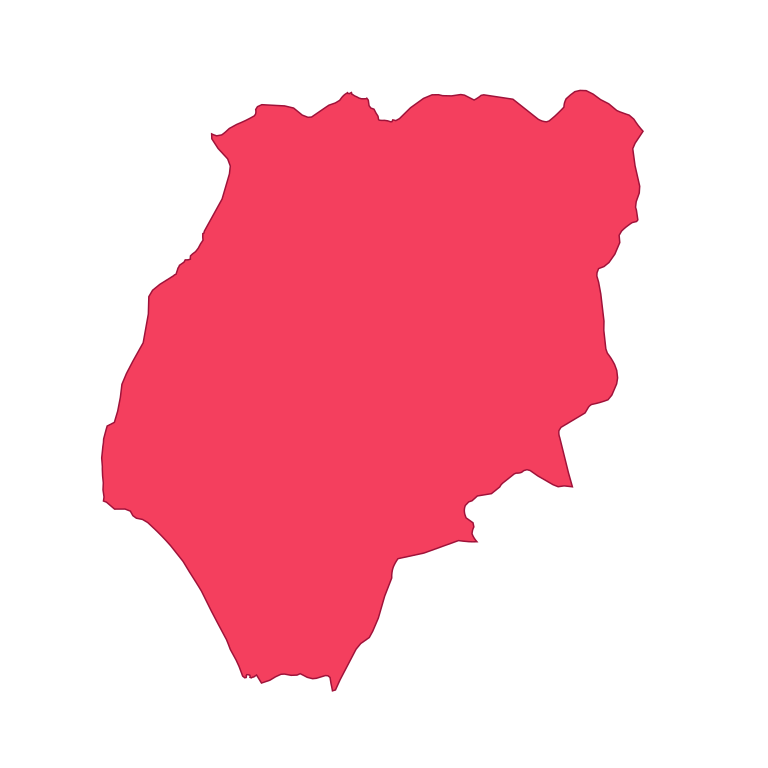 Carasova, Caras-Severin, Romania, rotated 261°
{"feature_id": "2599482B41330185551696", "entity_name": "Carasova", "entity_type": "district", "adm_level": 2, "iso_a3": "ROU", "parent_name": "Romania", "parent_adm1": "Caras-Severin", "projection": "equal_earth", "projection_center": [21.908, 45.181], "detail": "fine", "context": "isolated", "style": "filled", "palette": "rose", "viewbox_px": 768, "rotation_deg": 261, "n_neighbors": 0, "source": "geoboundaries", "source_scale": "gbopen_adm2", "svg_char_len": 4556}
<svg xmlns="http://www.w3.org/2000/svg" viewBox="0 0 768 768"><g transform="rotate(261 384 384)"><path d="M642.1,629.6L643.3,623.6L642.9,618.2L640.4,613.5L637.2,608.5L636.9,608.3L635.2,607.2L633.3,606.2L631.3,605.5L629.3,605.0L626.7,601.6L624.2,598.1L621.8,594.6L619.6,591.0L618.0,588.3L617.5,585.5L618.1,583.5L618.9,581.5L620.0,579.6L621.3,577.8L645.1,555.9L654.0,527.8L653.9,525.1L652.8,523.2L651.9,521.3L651.1,519.4L650.4,517.4L656.7,508.7L657.9,505.1L658.0,495.8L659.6,487.0L661.2,483.1L662.1,476.7L659.9,467.7L652.7,453.4L648.2,447.1L643.7,440.8L642.3,436.9L643.5,434.0L642.7,433.5L641.9,432.9L641.9,431.7L643.4,428.7L644.3,425.8L644.7,423.0L645.3,420.6L646.1,420.0L647.4,420.0L648.5,420.0L649.0,420.0L649.6,419.9L652.8,418.5L657.0,417.1L657.8,415.7L658.6,414.2L661.2,412.8L666.8,412.9L669.0,411.7L668.6,410.8L668.9,408.4L669.3,406.2L669.8,405.2L670.3,404.1L671.9,402.0L673.2,400.0L674.7,398.4L675.1,397.6L676.0,397.6L677.0,397.4L676.6,396.2L676.2,395.4L676.5,394.5L676.7,393.6L677.4,393.5L676.3,391.0L675.5,389.6L674.5,388.2L673.5,387.0L672.3,385.8L671.7,385.2L671.1,384.6L669.2,379.9L668.0,373.2L666.1,369.1L659.0,354.2L659.3,350.6L662.4,345.3L670.7,337.9L674.2,329.4L679.0,307.0L677.7,302.4L675.2,300.2L674.2,300.2L673.1,300.1L672.1,299.9L671.1,299.5L670.6,299.3L669.1,297.8L667.4,293.1L665.9,288.5L664.6,283.8L663.4,279.0L660.6,271.2L659.2,269.1L657.8,267.0L656.5,264.8L655.4,262.6L655.3,257.5L656.8,254.7L658.0,252.9L653.1,252.3L642.5,257.0L630.8,264.8L623.3,266.3L615.7,264.2L592.0,253.0L563.0,230.4L561.4,229.9L560.9,228.6L557.7,228.0L554.3,227.7L551.2,224.8L547.2,221.8L544.2,218.6L542.4,215.2L540.8,212.9L538.8,212.4L537.6,212.3L537.3,209.8L537.7,207.1L535.7,205.6L533.2,200.5L532.2,200.0L530.6,198.6L529.1,197.9L526.6,196.6L525.0,195.8L524.5,194.0L523.9,193.2L517.5,178.2L512.8,170.1L507.1,165.4L490.0,162.2L462.4,152.6L445.9,139.6L434.7,131.3L424.7,125.1L420.4,123.9L412.0,121.5L398.8,116.7L391.5,113.2L388.3,111.7L385.8,104.0L382.4,102.4L373.6,98.5L369.9,97.7L366.1,96.5L362.2,95.5L355.1,93.6L346.4,92.9L344.2,92.5L337.4,91.7L330.3,91.3L323.4,89.9L316.2,89.8L312.3,88.6L310.7,91.4L302.6,98.3L301.0,108.7L298.1,113.6L293.2,115.4L290.2,118.4L288.0,124.3L284.1,129.0L279.2,132.8L274.0,136.8L268.6,140.7L263.2,144.4L257.6,148.0L240.2,157.8L229.2,162.3L223.9,164.6L213.4,169.1L208.0,171.3L186.3,178.1L172.7,182.7L159.1,187.4L156.3,188.4L151.1,189.6L145.8,190.7L134.3,194.8L127.5,196.7L117.6,198.7L116.6,199.6L115.6,200.5L115.7,202.0L116.6,202.3L117.6,202.3L118.4,203.1L117.9,204.9L117.3,206.0L115.8,206.0L115.3,205.7L114.5,206.9L115.0,208.3L115.0,209.5L116.5,212.6L107.8,216.2L109.3,225.0L111.8,231.1L113.4,236.8L113.1,240.2L110.8,246.7L110.1,252.6L111.0,255.9L108.7,259.1L106.3,262.3L104.1,267.4L103.9,271.2L105.2,280.5L104.9,281.8L104.6,283.0L102.6,284.8L96.6,284.8L92.8,285.0L89.0,285.1L89.4,288.2L98.8,294.4L126.4,314.9L131.3,320.4L135.9,329.8L141.6,334.2L153.7,341.8L174.4,351.5L191.2,361.3L193.9,361.7L196.6,362.4L199.2,363.3L201.7,364.5L203.4,365.6L205.6,367.2L207.5,368.8L209.3,370.5L210.8,397.1L217.7,433.1L216.4,437.6L215.3,442.0L215.2,442.2L214.3,446.6L213.7,451.1L215.7,449.9L217.8,448.9L220.0,448.1L222.3,447.5L224.0,448.0L225.7,448.6L227.3,449.4L228.8,450.4L233.0,450.2L239.0,444.1L242.9,443.4L244.0,443.4L245.1,443.4L246.2,443.5L247.3,443.7L248.3,444.0L249.3,444.3L250.3,444.8L251.3,445.3L254.3,449.2L254.9,452.7L258.8,458.7L258.9,473.0L264.2,482.2L265.2,483.0L266.1,483.8L266.9,484.8L267.6,485.8L274.9,498.7L275.3,500.7L275.1,501.9L275.0,503.0L275.0,504.2L275.1,505.3L275.4,506.4L276.6,508.5L277.0,511.8L275.7,514.8L269.1,521.6L258.1,535.2L255.3,539.9L255.2,546.0L253.0,554.0L267.4,552.3L303.4,549.2L304.6,549.0L305.7,548.9L307.0,548.9L308.2,549.0L309.4,549.2L310.6,549.5L313.5,552.0L324.0,578.1L328.5,581.8L329.3,582.5L329.9,583.2L330.4,583.9L330.8,584.7L331.2,585.5L331.3,585.7L331.6,590.6L332.0,594.5L332.6,598.6L333.4,602.8L337.4,607.3L347.7,613.8L353.5,615.7L361.0,616.0L367.1,614.8L367.7,614.6L370.8,613.5L373.8,612.3L376.7,610.9L379.6,609.4L384.0,608.6L402.7,609.5L411.7,611.1L439.0,612.2L451.0,611.9L457.4,611.1L460.6,611.8L464.4,614.0L465.6,619.7L468.8,625.2L476.1,632.3L486.8,639.0L494.1,639.5L497.9,642.6L499.5,644.9L501.0,647.3L502.3,649.7L503.6,652.2L504.6,654.4L505.0,658.9L506.4,660.4L516.3,660.5L519.2,660.1L524.6,661.6L532.7,666.0L539.3,667.5L560.3,666.1L577.5,666.5L582.6,669.7L593.1,679.4L596.3,677.4L599.6,675.5L603.0,673.8L606.5,672.2L611.2,668.2L612.7,665.3L614.3,662.4L615.9,659.5L617.7,656.7L625.6,649.8L631.0,642.4L637.6,635.9L642.1,629.6Z" fill="#f43f5e" stroke="#9f1239" stroke-width="1.5"/></g></svg>